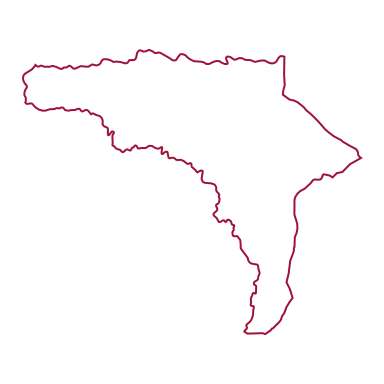 Sanarate, El Progreso, Guatemala
{"feature_id": "79465075B63820217074048", "entity_name": "Sanarate", "entity_type": "district", "adm_level": 2, "iso_a3": "GTM", "parent_name": "Guatemala", "parent_adm1": "El Progreso", "projection": "robinson", "projection_center": [-90.277, 14.777], "detail": "fine", "context": "isolated", "style": "outline", "palette": "rose", "viewbox_px": 384, "rotation_deg": 0, "n_neighbors": 0, "source": "geoboundaries", "source_scale": "gbopen_adm2", "svg_char_len": 5863}
<svg xmlns="http://www.w3.org/2000/svg" viewBox="0 0 384 384"><path d="M25.3,102.5L25.9,103.3L26.8,103.9L27.8,103.9L30.3,103.4L31.7,103.5L32.2,103.8L35.6,107.5L39.4,109.8L42.8,110.7L45.2,110.7L49.6,109.3L54.6,109.0L56.4,108.1L59.6,108.4L61.2,107.5L62.1,107.5L63.0,107.7L63.6,108.1L64.8,109.8L65.5,110.2L67.4,110.6L69.0,110.6L71.7,110.0L74.1,110.1L75.3,109.9L77.2,109.0L78.2,108.8L79.1,108.8L79.9,109.2L81.6,111.3L82.2,111.4L83.0,111.3L85.2,110.1L86.7,110.0L87.5,110.2L88.6,111.2L91.0,114.3L92.5,113.4L93.4,113.5L96.2,115.0L99.3,115.9L100.2,116.5L101.5,117.8L102.2,119.0L102.7,120.6L102.6,123.4L102.6,124.4L103.0,125.0L104.2,126.4L106.5,127.3L107.3,127.8L107.7,128.2L107.9,129.2L107.9,134.8L108.7,135.2L109.5,134.6L111.4,131.9L112.1,131.5L113.0,131.6L113.8,132.1L113.8,133.0L113.4,133.8L112.8,134.5L112.5,135.7L112.4,137.6L112.7,142.4L112.5,145.4L114.1,146.2L115.2,147.6L116.0,148.4L117.6,149.2L119.6,149.7L120.2,150.0L121.8,151.7L122.4,152.1L123.3,152.1L126.3,149.5L127.6,149.4L129.5,150.4L130.3,150.5L130.8,150.2L131.9,148.1L132.7,147.5L133.4,147.4L134.5,146.0L135.3,145.4L135.9,145.5L136.6,146.1L137.5,147.6L138.2,148.5L139.1,148.5L141.5,148.0L145.0,148.1L145.9,147.9L149.0,145.9L149.8,145.9L151.3,145.9L152.0,146.0L155.7,148.2L157.8,148.6L158.5,148.6L159.6,148.3L160.5,147.5L161.3,147.2L162.0,147.3L162.2,148.2L161.5,152.6L161.6,153.3L162.0,154.0L162.8,153.9L164.7,152.2L165.4,151.9L166.3,151.7L167.3,151.9L167.7,153.2L168.4,157.0L168.7,157.8L169.6,158.3L172.3,157.7L173.7,157.8L174.3,158.1L176.1,159.7L177.1,160.0L177.9,160.1L179.8,159.8L180.7,159.8L183.5,160.9L187.3,163.8L187.9,163.9L188.8,163.7L189.6,163.2L190.6,163.2L191.4,163.9L191.5,165.8L191.8,166.9L194.5,169.2L195.7,170.4L196.7,171.9L197.4,172.3L199.2,171.3L201.0,170.6L201.8,170.5L202.6,171.1L202.7,171.9L201.6,178.7L201.7,179.6L202.6,181.4L203.2,182.1L204.8,182.8L211.4,183.4L214.0,184.3L214.8,184.9L215.8,186.3L216.2,187.1L216.2,190.1L216.6,191.3L218.7,193.7L219.3,194.5L219.1,195.5L218.7,196.4L219.4,198.3L219.5,199.6L219.2,201.8L218.9,202.5L218.4,203.3L217.9,203.8L216.5,204.4L216.1,205.2L216.2,206.3L217.1,208.2L217.3,209.3L217.1,210.2L216.2,211.3L213.8,213.4L213.5,214.0L213.5,215.0L214.1,215.8L216.7,218.1L218.8,221.9L219.9,222.0L220.8,221.7L222.7,220.4L223.4,220.3L224.1,220.4L225.0,221.6L225.8,222.0L226.5,221.4L227.0,220.2L227.6,219.8L228.4,219.7L229.2,220.0L229.9,220.6L230.5,220.9L231.1,221.7L231.5,223.3L231.9,224.3L232.5,224.8L234.0,225.2L234.3,226.2L233.5,227.5L233.8,229.5L233.4,230.5L232.8,231.3L232.4,232.5L232.6,234.6L232.9,235.5L233.6,236.1L234.6,236.3L236.7,236.1L237.2,236.3L237.8,236.8L238.7,238.2L239.9,239.4L240.3,240.3L240.7,245.2L240.7,247.7L240.8,248.4L241.5,249.5L247.4,257.4L248.0,258.9L248.2,260.0L248.5,260.9L249.8,262.6L250.6,263.2L252.1,263.7L257.2,264.6L257.8,265.3L258.1,266.0L258.3,268.3L259.5,272.3L259.6,273.4L258.4,276.2L258.0,279.0L257.8,279.5L257.1,280.2L254.5,281.8L253.9,282.8L253.9,283.8L254.3,284.7L255.8,285.5L256.1,286.2L256.2,287.1L255.9,293.2L255.1,293.6L253.9,292.9L253.1,293.1L252.5,294.0L252.3,295.4L251.2,297.3L250.9,298.8L250.8,299.9L251.2,301.7L250.6,304.9L251.0,305.6L253.5,306.3L253.9,306.9L253.8,307.9L253.3,310.0L253.0,314.8L252.2,317.8L251.2,320.0L250.0,321.7L247.0,324.3L246.4,325.1L246.3,326.0L246.8,327.0L247.0,327.9L246.6,328.8L244.8,330.5L244.3,331.6L247.5,333.6L262.7,333.2L265.3,334.1L270.9,330.1L272.0,328.5L272.9,328.4L279.5,321.8L281.0,319.6L282.1,316.1L284.4,312.8L286.4,307.2L289.7,301.8L292.6,298.0L289.9,289.1L286.5,282.3L288.6,273.8L290.2,260.9L293.7,251.6L294.0,247.7L294.5,246.9L294.8,237.4L296.6,232.9L297.4,228.8L297.2,223.5L294.4,214.6L294.5,199.7L295.4,196.8L297.4,193.7L300.2,191.1L304.7,188.7L306.9,186.6L310.2,183.7L312.9,180.3L314.3,179.5L318.6,179.7L320.8,179.3L322.4,176.7L322.7,175.0L323.8,174.3L329.6,175.5L332.6,177.4L336.9,173.1L342.4,172.0L350.0,164.2L361.0,158.0L359.2,156.5L358.3,155.3L357.8,151.8L356.2,149.2L348.5,145.1L342.5,141.5L341.4,140.3L334.0,136.4L328.6,132.3L325.3,129.5L318.0,121.1L310.8,114.0L306.5,110.5L303.7,107.1L297.4,102.1L293.6,100.4L289.6,99.6L282.9,94.7L283.3,90.3L284.7,85.4L284.1,74.5L284.4,56.7L283.2,56.3L281.3,56.1L280.6,56.2L279.9,56.5L278.7,57.7L276.3,61.6L274.7,62.8L273.5,63.2L272.1,63.4L269.9,63.1L268.2,62.4L264.8,60.6L263.9,60.4L260.2,60.7L256.0,61.7L254.6,61.8L250.5,60.1L245.6,59.9L244.5,59.5L242.9,58.6L241.4,58.1L239.5,58.1L238.9,58.2L235.9,59.5L234.5,59.7L233.9,59.5L230.4,57.1L229.3,56.7L227.8,56.6L227.1,56.7L226.2,57.5L226.1,58.6L226.3,59.5L227.6,62.5L227.6,63.5L227.0,64.0L225.4,64.0L224.3,63.8L221.3,62.5L219.4,61.2L217.9,61.0L216.7,61.0L214.8,61.4L212.3,62.4L209.4,63.9L208.7,64.0L206.8,64.0L206.2,63.9L203.9,62.4L201.1,61.7L194.0,61.2L191.2,59.9L188.7,58.4L185.3,55.2L183.3,54.4L181.7,54.1L181.0,54.1L180.3,54.3L179.8,54.8L178.2,56.8L176.2,59.8L175.7,60.2L174.7,60.5L173.3,60.4L172.3,60.0L169.2,57.9L160.3,52.8L158.9,52.5L155.9,53.1L154.5,52.8L152.7,51.4L149.2,49.9L148.3,50.1L146.8,51.0L145.1,51.4L143.2,51.5L140.8,50.4L139.9,50.3L139.2,50.5L138.7,50.9L137.6,52.1L137.1,53.0L136.2,57.3L135.8,58.3L135.3,59.1L134.3,59.9L133.6,60.0L132.6,60.1L129.5,60.1L129.0,60.5L128.1,62.1L127.3,62.9L126.0,63.3L124.4,63.2L120.9,62.1L117.6,61.7L116.0,61.6L114.4,61.9L113.3,61.9L112.0,61.0L108.7,59.6L106.8,59.3L104.0,59.2L102.7,59.7L101.8,60.7L100.4,63.3L99.6,64.2L98.0,65.0L96.6,65.4L95.9,65.4L92.6,64.5L91.9,64.6L89.8,65.9L88.3,66.7L86.2,66.7L82.1,66.2L80.3,66.3L75.9,68.3L74.7,68.7L73.9,68.7L72.9,68.2L71.6,67.0L70.1,65.9L69.2,65.8L67.0,67.1L66.0,67.5L63.8,67.5L62.4,68.7L61.9,68.9L59.7,68.6L56.0,66.8L54.2,66.4L53.3,66.0L51.4,66.1L49.6,66.8L44.0,66.7L42.3,65.9L41.1,65.6L38.7,66.6L37.7,66.5L36.6,66.0L35.4,64.9L34.4,66.7L31.8,69.5L25.1,73.6L24.0,74.8L23.3,76.2L23.0,78.5L23.1,79.3L23.5,80.9L24.8,83.4L26.8,85.8L26.9,86.6L26.8,87.4L25.5,89.5L24.9,90.8L24.4,92.8L24.4,94.9L24.7,95.8L25.8,97.6L25.8,101.0L25.3,102.5Z" fill="none" stroke="#9f1239" stroke-width="2"/></svg>